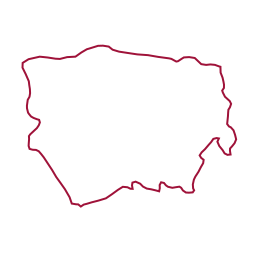 Karelichy, Grodno, Belarus, rotated 183°
{"feature_id": "67162791B39609385147896", "entity_name": "Karelichy", "entity_type": "district", "adm_level": 2, "iso_a3": "BLR", "parent_name": "Belarus", "parent_adm1": "Grodno", "projection": "orthographic", "projection_center": [26.2, 53.507], "detail": "fine", "context": "isolated", "style": "outline", "palette": "rose", "viewbox_px": 256, "rotation_deg": 183, "n_neighbors": 0, "source": "geoboundaries", "source_scale": "gbopen_adm2", "svg_char_len": 1963}
<svg xmlns="http://www.w3.org/2000/svg" viewBox="0 0 256 256"><g transform="rotate(183 128 128)"><path d="M38.9,194.0L40.3,194.3L44.5,195.6L49.0,195.8L53.3,195.1L58.2,195.6L61.6,198.5L65.0,201.4L70.6,202.0L75.9,201.4L78.2,199.8L81.6,197.3L83.3,196.9L88.3,199.3L90.7,199.7L101.7,200.6L111.8,201.8L122.6,202.0L132.0,202.9L141.0,203.8L147.5,205.4L151.5,208.3L157.3,208.9L162.2,208.5L170.9,205.3L173.2,204.5L178.5,201.0L184.2,196.5L192.5,195.6L199.6,193.4L204.0,193.4L211.9,194.2L217.6,194.5L219.9,194.6L230.9,191.5L236.6,187.5L236.5,182.7L233.0,176.5L229.5,169.5L228.9,166.0L228.0,161.7L227.6,157.6L228.0,154.0L229.6,150.9L230.1,145.0L229.9,142.4L228.6,138.1L227.5,136.7L225.4,134.4L222.8,133.1L219.4,132.0L217.2,131.5L216.3,129.0L217.2,126.1L219.0,123.1L222.2,119.8L225.3,116.6L226.5,114.7L226.2,111.9L226.3,107.4L226.3,104.9L225.2,102.0L222.1,101.3L218.7,101.3L215.9,100.1L213.3,97.4L210.6,94.3L206.1,88.2L201.6,82.1L197.1,75.3L192.6,69.7L187.8,63.6L182.7,55.8L180.2,49.6L176.0,49.1L173.7,49.1L171.0,47.1L168.2,49.2L165.0,50.2L160.3,51.9L153.9,53.9L146.4,56.6L140.6,61.0L134.8,65.7L130.1,69.0L125.4,68.8L122.5,67.5L120.2,67.5L121.0,70.9L120.7,73.7L117.6,74.8L112.9,73.0L110.0,70.3L106.1,68.5L101.7,68.0L97.3,67.2L93.6,66.4L93.1,69.6L93.4,72.7L92.1,75.5L89.2,75.0L87.1,72.7L85.0,71.4L80.6,70.6L77.0,71.4L73.6,72.1L71.8,71.1L69.9,68.5L66.8,66.6L63.7,66.6L60.0,67.1L58.7,69.2L59.8,71.1L60.3,75.0L59.5,79.9L58.2,83.0L55.3,88.0L53.2,92.7L51.1,96.8L50.8,100.2L53.4,102.0L55.0,104.4L53.2,107.5L50.0,110.9L46.4,115.6L44.3,118.2L42.2,121.6L39.0,122.6L36.7,122.3L37.5,120.3L38.0,119.0L35.9,114.8L32.3,110.8L30.2,107.7L27.3,106.4L24.2,106.9L25.0,110.6L25.0,112.9L23.1,115.2L20.8,118.4L19.4,122.3L20.7,126.7L22.5,131.2L25.4,134.1L27.2,134.8L29.2,137.2L28.8,145.0L28.8,148.4L28.7,151.5L27.3,154.0L26.3,157.5L27.8,160.2L32.8,164.3L35.1,168.3L35.9,170.3L34.3,173.0L34.4,176.3L35.1,179.3L36.2,183.2L38.4,188.1L38.9,194.0Z" fill="none" stroke="#9f1239" stroke-width="2"/></g></svg>